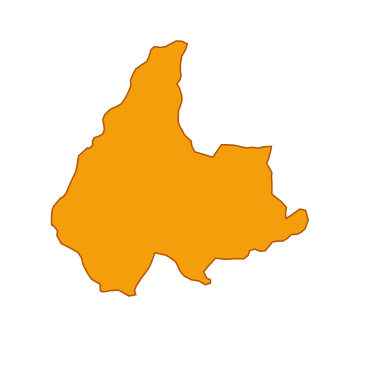 Andong-si, North Gyeongsang, South Korea (Robinson projection), rotated 207°
{"feature_id": "91817680B16014600177045", "entity_name": "Andong-si", "entity_type": "district", "adm_level": 2, "iso_a3": "KOR", "parent_name": "South Korea", "parent_adm1": "North Gyeongsang", "projection": "robinson", "projection_center": [128.764, 36.55], "detail": "fine", "context": "isolated", "style": "filled", "palette": "amber", "viewbox_px": 384, "rotation_deg": 207, "n_neighbors": 0, "source": "geoboundaries", "source_scale": "gbopen_adm2", "svg_char_len": 2026}
<svg xmlns="http://www.w3.org/2000/svg" viewBox="0 0 384 384"><g transform="rotate(207 192 192)"><path d="M138.1,115.4L134.2,119.2L135.6,122.0L138.1,122.0L140.0,122.0L145.4,126.2L143.9,133.3L142.4,138.5L141.0,143.7L131.2,147.4L125.9,150.7L120.5,153.6L115.6,155.9L113.2,161.1L114.1,165.8L110.2,169.6L104.4,170.1L100.0,172.9L98.5,180.0L97.6,184.2L92.7,187.5L88.8,189.4L85.8,194.1L84.4,198.9L79.0,202.2L76.6,205.5L74.6,210.2L75.6,219.6L82.4,227.2L88.2,225.8L93.1,216.3L96.1,211.1L99.0,215.4L100.9,221.1L107.8,223.9L114.6,225.3L119.9,226.3L124.3,235.2L128.2,241.9L129.7,245.6L133.1,248.0L138.5,251.3L138.9,256.5L140.4,263.6L141.9,268.8L149.2,264.5L152.6,261.2L158.5,259.3L163.3,256.0L176.0,252.7L182.4,249.9L187.2,247.5L188.2,240.9L189.2,232.4L207.7,229.1L212.6,232.4L216.0,237.1L224.8,239.5L229.7,243.3L230.6,243.3L234.5,246.6L236.5,248.9L240.9,258.4L241.4,262.7L242.4,268.8L244.8,273.1L250.2,278.7L254.6,281.6L253.6,286.3L254.6,291.0L257.5,294.8L260.4,301.0L262.9,308.6L262.4,313.3L262.4,316.6L263.4,321.8L269.2,321.8L274.6,319.4L278.5,314.2L281.4,309.5L286.3,306.2L291.7,304.3L293.1,300.0L291.7,292.5L291.6,287.7L294.6,282.5L298.0,275.9L298.0,268.8L297.5,263.6L294.6,258.9L294.1,251.8L294.1,244.7L295.0,238.5L298.4,233.3L301.4,230.0L303.3,226.3L304.8,221.1L304.3,215.9L300.9,211.6L298.4,207.8L297.9,203.1L300.4,199.3L303.8,196.0L303.8,192.3L301.8,188.5L303.3,184.2L305.2,183.8L309.4,172.9L308.6,169.6L306.2,163.0L304.7,156.4L304.7,149.3L303.7,133.3L304.7,129.0L306.6,126.2L308.6,117.3L308.6,113.0L306.1,106.4L302.2,98.9L299.8,98.9L294.4,96.5L292.5,91.8L285.2,86.7L278.8,86.7L271.5,86.7L265.7,86.2L260.3,82.9L255.9,77.7L248.6,72.5L242.3,68.8L236.9,68.3L232.1,68.3L228.7,62.2L225.7,62.7L219.4,67.4L213.1,71.1L209.2,71.1L200.9,70.7L195.5,74.9L198.5,78.2L199.0,82.9L198.5,87.6L198.0,92.8L197.0,98.0L196.0,104.1L196.0,108.3L197.5,121.0L190.2,122.9L186.3,123.9L180.4,123.4L175.1,122.5L171.7,120.1L167.8,116.8L164.4,114.9L160.0,113.5L152.7,113.5L145.4,115.9L138.1,115.4Z" fill="#f59e0b" stroke="#b45309" stroke-width="1.5"/></g></svg>